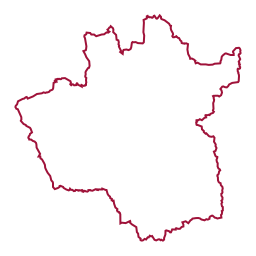 the district of Bawlake, Kayah, Myanmar
{"feature_id": "60261553B12408734015728", "entity_name": "Bawlake", "entity_type": "district", "adm_level": 2, "iso_a3": "MMR", "parent_name": "Myanmar", "parent_adm1": "Kayah", "projection": "albers", "projection_center": [97.439, 18.919], "detail": "fine", "context": "isolated", "style": "outline", "palette": "rose", "viewbox_px": 256, "rotation_deg": 0, "n_neighbors": 0, "source": "geoboundaries", "source_scale": "gbopen_adm2", "svg_char_len": 5717}
<svg xmlns="http://www.w3.org/2000/svg" viewBox="0 0 256 256"><path d="M239.0,47.8L236.0,48.1L233.0,51.4L233.1,52.4L233.7,53.3L233.7,55.0L230.6,55.0L225.9,53.4L224.9,53.7L222.5,55.7L221.7,56.9L221.3,59.7L220.5,61.3L220.5,62.8L220.1,63.4L214.7,63.7L212.7,64.6L208.7,64.9L205.8,64.4L200.7,64.4L197.6,62.7L195.7,63.3L195.0,61.3L195.4,60.8L194.0,59.6L191.8,58.5L190.2,58.8L189.8,57.1L188.2,54.1L187.4,49.5L188.0,44.1L186.1,43.3L184.5,43.7L184.1,43.3L183.3,43.5L181.7,43.0L181.4,41.3L180.2,40.3L179.1,38.1L177.9,37.8L176.9,36.8L176.4,36.9L176.2,36.3L174.0,37.3L173.0,37.2L172.3,36.1L173.1,34.5L172.9,33.3L171.2,30.2L170.7,28.1L171.0,25.8L170.1,25.6L169.1,23.7L164.5,20.2L161.6,19.1L161.1,18.6L161.0,16.9L159.7,15.4L157.9,17.9L156.9,18.7L156.2,18.4L154.4,15.7L153.8,15.9L152.9,17.4L152.1,17.8L151.0,17.2L149.5,17.3L148.9,16.8L148.2,17.1L147.6,15.9L146.8,16.3L146.7,18.5L143.6,19.9L143.9,22.7L143.4,32.2L144.2,35.5L143.8,42.3L142.7,43.4L137.9,43.1L135.7,42.1L133.5,42.3L132.6,42.0L131.9,42.7L131.2,47.5L130.5,49.1L128.6,50.1L126.4,49.5L123.6,49.9L123.0,51.1L122.7,53.9L120.2,52.0L121.1,51.0L118.9,46.6L119.2,45.5L118.5,44.4L118.8,42.2L118.3,40.3L116.6,39.7L116.1,34.9L113.2,32.1L113.4,29.6L112.8,27.7L112.8,28.1L110.7,26.2L110.1,27.3L109.3,27.6L108.1,29.3L107.5,29.6L108.2,30.9L109.4,31.7L108.3,32.6L106.5,32.4L104.1,34.3L101.7,34.5L96.2,36.2L94.0,34.5L91.3,34.5L90.2,33.0L86.6,32.6L86.2,34.3L84.5,35.3L84.3,36.7L85.0,38.2L86.4,46.3L86.1,49.0L85.8,50.2L83.4,51.1L85.2,54.4L86.4,57.3L89.2,61.2L89.6,65.8L89.0,67.8L88.0,68.1L85.8,71.4L85.5,72.4L85.7,74.3L85.2,76.2L85.5,77.2L86.3,77.9L86.0,80.1L86.3,82.5L86.0,83.3L86.0,85.0L85.4,85.5L84.7,85.3L84.2,85.8L83.4,85.9L81.4,84.9L81.0,85.6L81.3,86.4L78.0,84.7L77.6,83.8L77.6,84.1L77.3,83.4L76.9,83.3L76.4,84.0L76.3,85.1L74.1,85.3L73.1,84.4L72.3,84.3L71.2,85.2L70.3,84.3L70.9,82.7L70.4,81.2L65.0,78.1L61.8,78.3L61.1,79.1L60.1,79.2L59.1,78.8L58.5,79.1L58.0,78.9L56.9,79.7L56.8,79.1L55.7,79.4L56.3,81.1L55.6,80.8L55.6,81.2L55.0,80.7L54.7,80.9L55.0,82.3L53.6,82.9L53.2,88.1L52.7,89.4L52.0,89.9L50.0,90.6L49.3,91.7L47.6,92.4L46.5,92.4L45.5,92.9L43.5,92.4L41.9,93.3L36.9,94.0L33.1,96.4L27.7,98.6L26.7,97.0L25.7,97.3L24.1,98.6L22.7,98.9L18.0,101.3L17.1,104.3L15.7,105.9L15.4,107.0L16.4,108.8L17.8,109.2L21.3,117.1L21.4,119.5L20.8,120.8L23.6,124.0L25.8,125.0L26.3,125.9L30.0,127.8L30.7,128.9L32.0,132.4L30.0,133.9L29.7,135.2L28.7,136.4L28.3,137.8L29.1,138.7L29.2,139.5L31.2,139.6L32.8,140.9L34.6,141.5L36.0,142.9L36.4,144.4L36.6,147.6L40.1,153.9L38.6,156.5L40.3,156.5L40.5,158.4L42.0,159.4L44.1,163.1L44.9,164.9L45.2,167.7L45.9,169.4L47.6,172.7L50.2,176.0L51.3,180.4L52.6,181.8L53.0,183.0L53.0,187.0L54.8,189.1L57.9,188.0L59.5,187.0L59.6,186.0L60.4,185.8L63.2,187.0L63.6,187.9L66.3,189.5L68.8,190.4L69.5,189.9L70.0,188.7L71.1,189.9L72.5,189.9L73.8,191.1L75.1,190.9L75.6,189.9L77.8,190.2L78.3,190.7L78.9,190.6L79.2,190.2L80.4,190.5L82.1,190.0L82.9,190.6L82.8,191.0L82.1,190.8L82.3,191.5L83.5,191.8L84.1,191.0L84.7,190.8L86.0,191.4L87.5,191.6L88.6,190.7L88.5,190.1L90.2,190.0L90.8,190.5L92.5,190.7L95.6,189.2L96.6,189.3L96.3,189.5L96.9,189.9L98.2,190.1L98.9,189.4L102.0,189.5L102.2,188.6L105.7,190.0L106.5,190.0L107.6,193.9L108.6,195.5L110.0,196.6L110.3,198.2L111.8,198.8L111.7,200.3L112.6,200.4L112.8,200.9L113.6,200.7L114.1,203.7L115.4,207.5L117.4,209.1L117.0,210.3L117.5,211.5L118.9,211.9L119.1,212.7L119.8,212.8L120.3,214.3L120.4,223.4L121.8,222.7L125.7,223.1L130.1,221.0L130.3,221.6L130.0,222.6L131.8,224.3L136.3,227.1L136.9,232.1L138.1,233.6L138.5,236.9L140.6,238.6L140.4,239.4L140.6,240.2L141.9,240.6L143.2,240.2L144.6,238.9L146.1,239.5L147.7,237.3L148.7,237.4L149.8,235.7L151.1,236.4L152.1,236.0L154.5,239.8L156.2,240.4L158.3,239.4L159.3,239.3L160.6,240.2L161.2,239.7L162.9,240.6L164.1,239.6L164.1,238.0L165.4,234.5L165.5,230.8L166.2,230.4L168.9,231.1L170.2,232.4L171.0,232.3L172.2,229.4L175.7,229.6L175.8,228.4L176.2,228.2L177.9,228.8L179.9,228.8L181.6,227.0L183.4,226.5L183.4,224.5L182.4,222.3L185.7,221.3L188.3,223.2L190.5,220.3L191.6,219.7L192.5,218.6L195.9,218.1L198.3,218.0L199.9,218.4L201.4,219.5L204.6,220.3L206.3,219.2L207.8,219.6L209.5,218.8L209.5,217.4L210.2,216.5L211.8,215.7L212.6,215.7L214.9,217.7L216.2,217.9L217.3,218.5L221.4,217.6L221.0,215.0L221.7,214.3L222.1,212.6L221.8,211.0L222.8,210.5L222.8,207.0L222.0,206.3L221.4,203.7L222.2,202.3L221.4,200.7L222.4,199.7L222.5,197.5L221.4,195.7L221.3,193.8L222.1,193.2L222.5,192.2L222.2,190.4L222.7,188.5L222.4,186.9L220.8,185.0L220.6,183.2L219.4,182.7L218.6,181.9L218.0,180.3L217.9,177.3L217.3,175.9L217.6,174.8L218.2,174.6L218.7,173.7L219.1,171.4L220.2,170.3L219.8,169.4L218.4,168.4L217.6,166.5L217.7,163.2L216.9,161.9L216.5,159.8L217.3,157.8L217.3,156.9L216.3,156.7L215.4,155.8L213.9,151.6L215.5,150.9L216.5,148.0L215.5,146.1L215.7,144.4L214.0,141.7L214.5,137.8L213.4,136.3L211.7,136.8L209.8,136.5L208.9,136.1L206.3,133.3L205.6,133.7L203.8,132.0L203.8,130.9L202.0,129.4L201.7,126.5L197.7,125.0L196.9,125.0L196.5,124.7L196.2,122.5L197.0,121.8L196.4,121.1L196.5,120.2L198.6,120.1L199.8,119.2L201.9,120.2L204.5,117.8L206.1,117.4L205.4,115.3L205.7,115.1L207.6,115.2L208.6,114.8L209.6,115.1L210.4,113.9L213.2,112.8L213.9,111.7L213.2,111.1L212.9,110.3L213.5,109.0L213.2,103.1L214.0,100.9L214.1,99.6L213.7,98.7L213.8,97.7L213.0,96.1L213.6,95.8L217.9,95.7L219.2,96.5L221.1,95.2L222.0,92.6L221.5,90.4L220.4,89.0L222.2,86.7L223.2,86.4L225.1,87.2L226.8,87.4L228.2,86.1L229.1,84.5L232.2,82.9L238.1,82.1L238.7,81.1L239.0,76.0L238.8,74.4L238.3,73.4L238.4,72.5L237.8,71.6L237.6,69.2L237.9,68.7L239.3,68.8L240.0,68.4L240.2,67.1L239.4,65.9L239.9,64.4L239.0,64.0L239.3,62.6L238.7,61.8L240.2,59.1L238.6,55.4L238.9,54.3L240.0,53.9L240.6,53.0L240.2,51.9L240.5,50.3L239.8,48.5L239.0,47.8Z" fill="none" stroke="#9f1239" stroke-width="2"/></svg>